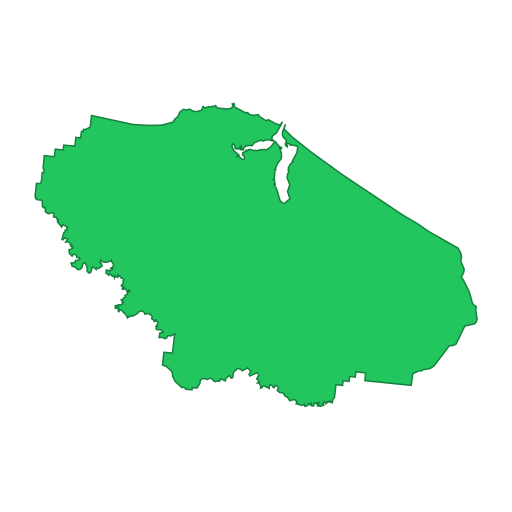 Ballina, New South Wales, Australia, rotated 267°
{"feature_id": "25037944B45717157651515", "entity_name": "Ballina", "entity_type": "district", "adm_level": 2, "iso_a3": "AUS", "parent_name": "Australia", "parent_adm1": "New South Wales", "projection": "robinson", "projection_center": [153.529, -28.853], "detail": "fine", "context": "isolated", "style": "filled", "palette": "green", "viewbox_px": 512, "rotation_deg": 267, "n_neighbors": 0, "source": "geoboundaries", "source_scale": "gbopen_adm2", "svg_char_len": 6078}
<svg xmlns="http://www.w3.org/2000/svg" viewBox="0 0 512 512"><g transform="rotate(267 256 256)"><path d="M211.0,112.8L211.5,116.1L208.7,115.3L207.6,116.2L209.3,117.2L208.6,119.2L205.8,121.2L205.4,122.4L201.0,124.4L202.3,125.3L201.6,126.1L203.1,127.8L202.3,129.5L204.8,134.7L206.3,135.8L207.3,138.9L205.8,141.3L203.7,142.0L204.3,144.9L202.5,148.2L201.1,149.1L198.7,148.6L197.2,150.7L196.0,150.9L196.1,152.0L197.3,152.0L197.2,153.0L194.9,154.4L193.4,154.4L191.2,152.7L191.1,153.8L189.6,152.5L187.7,152.8L187.3,156.9L184.8,159.6L184.1,156.0L179.7,154.9L179.5,159.0L178.3,160.0L178.6,162.3L181.2,164.0L180.6,166.6L182.6,170.7L163.4,167.5L164.7,159.0L151.9,156.9L150.5,160.6L145.9,165.2L143.3,166.4L140.3,166.4L135.1,168.6L128.8,174.7L128.3,177.9L126.6,178.8L125.7,185.1L127.9,185.5L127.2,190.1L131.7,193.3L134.7,193.9L136.4,196.3L136.1,199.3L135.2,200.5L136.5,204.3L132.6,208.4L133.2,211.3L132.7,212.9L135.2,214.3L132.9,218.9L135.2,219.3L137.8,222.8L137.8,223.6L135.3,224.7L135.7,226.3L141.2,227.5L144.8,231.9L143.6,234.9L142.1,236.1L144.6,241.7L141.5,244.7L138.0,242.8L136.5,243.7L139.6,251.3L136.6,252.5L133.3,250.2L130.6,252.8L129.1,250.8L128.8,252.7L125.1,254.0L123.8,253.6L124.2,255.1L125.8,256.2L125.9,257.5L123.0,262.1L126.8,263.1L126.1,264.9L123.6,266.6L124.0,267.7L125.7,268.2L125.6,269.9L122.8,271.5L120.6,270.2L118.5,272.4L117.8,276.0L114.5,277.7L113.6,279.9L110.0,281.9L109.6,282.9L110.3,283.9L110.5,287.4L107.8,289.5L106.3,288.3L104.4,294.2L105.3,296.4L103.3,297.0L103.7,299.3L105.4,300.6L106.3,300.2L105.0,301.9L106.2,303.3L104.9,303.7L104.2,302.8L103.3,304.2L103.6,306.1L105.5,306.0L106.6,307.6L104.5,309.3L106.3,309.5L106.5,311.1L105.1,310.3L104.1,311.0L103.0,309.9L102.5,313.3L103.9,314.7L103.4,315.8L104.5,315.8L104.9,314.7L107.2,316.4L104.9,318.0L106.6,318.8L105.8,319.8L107.2,320.5L106.1,322.0L107.2,322.5L105.4,324.4L108.8,325.4L110.7,327.0L123.3,329.1L122.2,335.7L126.8,336.4L125.9,342.4L130.8,343.2L129.9,348.8L135.1,349.7L133.5,359.3L125.8,358.2L118.7,404.2L130.3,406.4L132.8,413.1L132.5,415.1L133.7,417.0L134.6,424.1L137.1,428.2L156.2,444.3L156.3,448.1L157.6,451.2L175.1,460.8L176.8,470.5L178.2,472.3L181.1,473.5L190.5,472.6L193.9,473.4L195.6,471.0L197.8,469.6L209.0,467.1L221.6,461.7L223.9,459.8L228.6,462.5L232.1,463.2L240.4,460.1L243.6,461.1L247.6,460.9L253.3,458.2L271.3,429.9L279.7,419.1L289.3,404.6L332.9,346.2L357.1,316.3L373.1,298.2L381.5,290.6L386.1,292.4L379.0,289.2L376.3,288.6L373.6,289.2L369.6,292.6L366.3,291.1L364.7,291.4L363.4,293.0L364.4,293.3L366.0,291.7L366.9,293.3L365.7,296.1L364.8,296.2L364.9,298.4L363.5,303.0L362.0,303.3L356.9,302.2L349.4,297.5L348.6,297.2L348.3,298.0L346.1,295.2L342.5,293.0L339.3,292.6L338.6,293.4L335.9,291.7L332.4,291.1L325.5,293.5L318.8,290.9L311.4,292.9L307.0,286.9L307.4,285.5L310.1,282.9L321.8,280.1L325.0,278.5L326.0,278.8L325.7,278.2L327.1,277.7L327.4,278.6L331.0,278.5L331.4,277.2L331.7,278.2L341.8,279.6L341.6,280.2L342.3,279.9L347.2,282.4L352.1,286.3L353.7,286.7L357.8,286.7L362.8,285.1L363.4,285.6L369.5,281.0L364.4,276.7L361.7,272.5L362.0,266.6L361.2,263.3L361.6,258.4L362.6,256.6L362.7,254.2L361.9,252.9L362.4,250.9L361.5,252.6L360.0,248.3L357.7,247.8L356.9,249.2L354.5,249.7L353.5,249.4L352.9,247.7L356.2,244.3L356.4,242.4L357.6,244.3L362.5,239.2L367.2,237.5L369.3,239.1L367.3,240.6L364.2,240.9L363.7,243.9L364.9,245.4L364.2,245.9L365.5,245.7L366.8,246.9L365.6,247.2L363.1,245.9L362.6,248.7L362.9,249.1L363.6,249.3L364.0,249.3L363.1,249.0L363.6,248.1L366.9,252.3L366.4,253.0L366.8,255.0L366.3,257.9L369.1,260.1L371.7,267.2L370.4,268.4L371.6,274.0L369.9,279.0L370.5,279.4L372.5,277.5L373.9,278.6L374.9,278.4L377.9,283.0L388.6,289.5L385.6,287.0L385.7,286.3L387.6,281.5L391.5,275.5L390.7,273.7L391.1,272.4L395.2,266.6L397.0,265.8L396.6,259.5L398.5,255.7L399.7,255.4L399.7,252.8L405.5,243.1L407.5,241.2L408.1,242.4L409.5,241.9L409.0,240.2L407.5,241.1L405.2,239.6L404.2,235.7L405.8,225.3L408.4,223.4L407.4,221.9L408.0,220.2L406.9,218.9L407.8,216.9L406.5,213.2L407.5,211.3L408.7,211.3L404.5,209.3L403.4,204.9L403.6,201.4L406.1,197.6L405.4,193.7L406.3,191.4L403.7,187.4L399.5,185.4L397.2,182.4L394.0,180.1L391.6,168.6L392.0,156.1L393.7,140.3L404.9,99.1L393.5,97.2L391.3,92.6L391.5,90.3L389.3,89.9L389.6,88.2L383.1,87.1L383.9,82.3L375.2,80.9L376.8,69.8L372.0,69.0L373.2,61.1L365.7,59.8L367.3,49.8L355.1,48.0L353.2,48.9L351.3,48.5L350.3,48.2L350.6,47.0L340.4,45.3L339.6,43.9L340.0,40.5L326.9,38.5L325.6,39.5L325.0,38.9L323.7,40.3L323.1,44.3L321.5,45.6L316.5,45.2L315.4,46.3L315.6,48.0L311.1,48.0L309.0,50.9L310.0,54.7L308.7,56.5L305.7,55.9L304.9,58.7L302.5,59.5L302.4,60.7L300.5,59.5L295.1,63.4L297.2,64.4L295.9,68.0L293.9,68.5L294.8,69.8L293.3,68.7L292.0,68.9L291.9,66.8L290.4,66.7L289.1,65.2L282.7,63.1L282.2,63.8L284.0,66.1L282.7,68.8L279.8,66.7L280.0,68.9L279.3,70.9L277.7,70.8L276.3,72.7L276.4,71.5L275.1,71.8L273.8,73.6L272.9,72.9L272.0,69.6L268.4,69.8L265.5,72.3L266.8,73.0L267.2,75.4L265.8,76.7L263.8,77.1L263.7,79.3L262.8,80.1L261.0,78.3L261.0,75.6L258.8,74.6L258.7,70.9L255.3,71.9L254.6,74.7L251.8,77.1L251.7,79.3L253.5,81.6L257.5,82.8L258.3,84.9L253.5,86.8L249.9,86.5L247.9,87.8L247.7,88.8L248.5,90.3L253.5,92.0L253.5,93.0L250.8,95.7L252.3,96.2L251.7,98.0L254.0,101.8L256.3,101.2L257.4,99.7L260.0,100.7L258.3,102.1L257.6,105.1L257.9,108.5L259.4,111.3L258.0,111.4L255.3,113.3L253.0,112.6L251.3,110.5L251.5,112.1L250.6,112.0L248.7,109.6L249.9,105.7L246.5,105.3L245.8,107.4L244.5,107.7L245.7,109.4L243.2,111.5L243.6,113.3L241.3,113.5L243.1,114.8L242.0,116.8L244.5,117.1L243.1,118.1L242.5,119.9L240.8,120.3L240.5,122.0L239.2,123.1L238.3,122.0L235.7,121.9L233.6,119.9L232.7,120.4L232.1,122.5L231.2,122.5L230.9,120.9L229.8,120.8L229.6,121.9L230.7,122.8L228.4,125.4L227.3,125.4L227.4,126.9L228.6,127.2L227.6,128.3L226.9,128.0L226.5,125.5L224.8,125.6L223.3,123.0L222.0,123.5L221.1,121.6L220.0,121.2L219.3,119.1L218.5,120.2L217.2,119.9L216.9,121.3L215.9,120.1L215.0,120.2L214.3,118.1L214.6,116.2L212.6,115.3L214.1,114.5L213.5,112.7L211.0,112.8ZM363.3,286.0L362.1,286.6L362.5,285.3L361.8,285.7L362.0,287.0L362.9,287.3L363.5,286.5L363.3,286.0Z" fill="#22c55e" stroke="#15803d" stroke-width="1.5"/></g></svg>